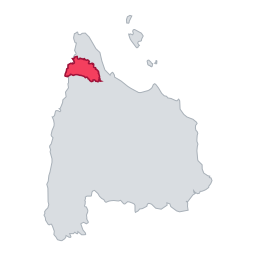 Lérida highlighted on a map of Spain, rotated 270°
{"feature_id": "ESP-5831", "entity_name": "Lérida", "entity_type": "Autonomous Community", "adm_level": 1, "iso_a3": "ESP", "parent_name": "Spain", "parent_adm1": "", "projection": "mercator", "projection_center": [0.993, 42.04], "detail": "fine", "context": "in_parent", "style": "filled", "palette": "rose", "viewbox_px": 256, "rotation_deg": 270, "n_neighbors": 0, "source": "natural_earth", "source_scale": "10m", "svg_char_len": 7005}
<svg xmlns="http://www.w3.org/2000/svg" viewBox="0 0 256 256"><g transform="rotate(270 128 128)"><path d="M139.1,52.2L139.1,53.0L140.4,54.5L144.4,55.4L145.4,56.0L145.3,58.1L144.3,59.9L145.1,60.7L146.1,60.6L147.3,59.2L147.5,60.1L149.4,61.0L153.4,62.6L156.2,62.9L159.2,66.1L163.9,65.5L168.2,68.5L172.2,67.9L173.1,68.5L179.4,68.5L179.7,66.0L180.5,65.0L191.3,68.5L192.6,70.6L192.4,71.7L193.0,74.2L194.4,74.1L197.3,72.7L201.0,74.5L201.9,76.0L202.7,76.1L205.5,74.6L213.0,76.4L213.3,75.2L213.8,74.9L217.0,73.8L218.3,73.6L222.3,74.4L222.8,75.8L223.6,76.3L223.9,77.6L221.5,78.3L221.3,80.4L222.7,82.2L222.9,85.3L218.9,89.2L207.3,95.9L203.5,99.9L194.9,101.9L186.1,104.9L180.8,110.1L182.1,110.6L183.7,112.3L183.2,113.1L180.9,114.4L178.8,114.7L174.9,121.2L169.6,127.8L167.7,130.8L163.5,138.5L163.4,140.7L165.5,148.3L166.7,150.3L168.3,152.0L171.5,153.4L172.3,154.8L171.2,156.1L168.0,158.5L162.6,161.7L160.2,164.2L159.7,166.6L158.1,167.7L157.5,171.1L155.4,175.7L155.2,177.0L156.9,178.7L155.2,179.7L146.8,180.1L141.6,183.8L139.0,187.0L136.7,193.0L133.8,196.5L132.5,197.1L130.6,195.6L128.1,195.4L125.7,195.9L124.5,197.1L122.6,197.8L120.7,197.2L116.5,196.9L114.7,196.9L111.9,197.9L109.4,197.3L105.3,196.9L96.3,197.7L95.2,198.1L91.2,202.1L86.9,202.2L82.9,203.8L80.3,207.7L79.8,209.8L79.0,209.3L78.4,209.4L78.1,211.0L75.4,212.0L72.3,210.7L69.8,208.8L68.5,208.7L66.3,205.7L65.4,203.7L64.7,201.7L64.7,200.2L62.8,199.4L62.3,197.5L63.7,195.0L65.5,193.6L63.8,193.8L62.6,195.3L61.0,192.8L54.4,187.8L54.8,186.0L53.7,187.4L52.9,187.7L49.6,187.5L45.8,188.1L44.2,179.6L45.1,176.6L49.4,170.8L52.1,169.9L53.2,166.9L50.8,167.1L46.8,161.2L47.8,155.7L51.8,151.6L52.4,150.0L52.6,148.4L51.8,147.4L49.7,146.8L47.4,142.4L47.0,139.7L45.1,138.1L43.6,135.4L45.0,135.0L50.6,135.0L51.9,134.3L52.9,132.5L54.0,129.5L54.3,127.6L52.1,125.0L52.0,124.5L52.3,123.6L55.7,120.6L55.0,118.5L55.5,113.8L55.3,111.1L54.9,108.9L53.7,106.0L54.5,104.9L56.3,103.9L57.7,101.5L59.7,99.5L62.5,97.9L65.6,94.5L65.1,92.9L64.0,92.0L60.1,91.3L59.9,90.6L59.9,86.9L58.9,85.3L57.5,85.5L55.3,84.8L54.8,85.3L52.0,85.1L50.1,84.5L49.3,85.0L49.0,86.4L45.8,87.8L44.0,87.7L41.0,86.5L37.6,86.9L37.2,86.6L34.3,88.2L33.4,88.2L32.2,86.4L33.7,83.6L32.4,81.0L31.5,81.0L26.1,82.9L23.0,85.4L21.7,85.7L21.3,85.2L21.2,81.7L24.4,77.9L22.3,77.6L22.4,76.5L23.8,74.8L22.4,73.5L22.4,69.6L19.5,70.9L18.7,70.7L18.7,69.1L20.5,66.1L18.6,65.7L17.2,64.6L15.4,62.0L15.4,60.7L16.3,57.5L18.9,56.0L21.4,53.9L24.8,54.3L30.0,52.4L31.8,51.5L31.7,50.1L31.1,49.2L31.6,48.2L35.8,45.6L38.4,45.3L40.9,44.0L42.6,44.9L44.2,44.6L45.9,45.6L48.2,47.9L51.5,48.8L54.2,48.1L67.8,47.9L71.7,46.8L74.7,48.2L80.5,48.9L84.0,50.0L93.7,52.0L97.2,52.0L104.2,50.1L106.2,50.6L109.0,49.6L110.3,49.8L112.1,51.2L118.3,53.0L119.9,51.5L121.1,51.1L125.6,52.1L130.0,54.0L132.4,54.2L135.8,53.6L139.1,52.2ZM221.2,132.7L222.8,133.4L224.5,132.7L225.4,132.9L226.2,133.3L226.5,134.6L222.8,141.4L220.0,143.2L217.1,141.7L215.4,141.4L214.9,140.8L214.6,138.7L213.8,138.0L212.7,137.7L210.5,139.4L209.8,138.3L208.7,138.0L208.3,137.4L208.3,136.5L215.2,131.3L217.2,130.1L221.4,128.7L222.1,128.9L221.5,129.7L222.1,130.5L221.2,132.7ZM240.6,129.9L240.0,131.8L234.9,129.3L233.2,129.0L232.8,128.6L233.0,126.7L236.4,126.5L239.2,127.4L240.6,129.9ZM192.9,151.4L192.3,152.7L189.8,152.2L189.2,151.7L189.8,150.2L190.5,150.0L190.6,149.0L191.3,147.9L194.9,147.1L195.7,147.8L195.9,148.8L193.7,151.1L192.9,151.4ZM195.4,156.6L195.0,156.9L192.3,156.7L192.2,155.8L192.8,154.6L193.8,155.8L195.4,156.0L195.4,156.6Z" fill="#d9dde1" stroke="#a8b0b8" stroke-width="1"/><path d="M180.7,65.0L180.9,65.0L181.5,65.2L181.8,65.3L182.1,65.3L182.4,65.3L183.1,65.7L183.6,65.9L183.8,66.0L184.0,66.3L184.4,66.3L184.5,66.2L184.8,66.2L185.1,66.4L185.2,66.5L186.7,66.6L187.0,66.7L187.3,66.9L187.5,67.3L187.6,67.6L187.8,67.9L188.0,68.1L188.8,68.0L190.8,68.0L191.2,68.1L191.1,68.4L191.2,68.5L191.4,68.5L191.5,68.6L191.8,69.1L192.1,69.6L192.4,70.3L192.7,70.7L192.6,70.8L192.5,71.0L192.6,71.3L192.3,71.9L192.3,72.2L192.7,72.1L193.0,72.4L193.0,72.7L192.7,73.0L192.3,73.1L192.8,73.9L192.8,74.1L193.0,74.3L194.0,74.4L194.3,74.3L194.4,74.2L194.5,74.0L194.6,73.9L195.0,73.9L195.6,73.8L196.2,73.6L196.3,73.0L196.4,72.9L196.5,72.9L196.5,73.0L196.9,73.0L197.1,72.9L197.3,72.7L197.3,72.8L197.4,73.0L197.4,73.3L197.5,73.7L197.6,74.0L197.9,74.3L198.9,74.6L199.0,74.8L199.0,75.4L199.1,75.6L199.4,76.0L199.5,76.3L199.4,76.5L199.5,77.2L197.4,77.6L196.9,78.2L196.9,78.3L196.9,78.5L197.0,79.3L197.2,79.5L197.7,79.8L197.8,79.9L197.8,80.1L197.8,80.3L197.7,80.5L197.4,80.7L197.4,80.8L197.3,81.0L197.4,81.7L197.4,81.9L197.3,82.0L197.1,82.1L197.0,82.3L197.0,82.7L197.0,82.9L197.0,83.1L196.9,83.3L196.5,83.6L196.5,83.8L196.5,84.0L197.1,83.9L197.3,84.0L197.4,84.3L197.4,84.5L197.2,84.6L196.5,84.7L196.4,84.8L196.2,85.1L196.2,85.6L195.8,86.4L195.7,86.6L196.1,87.4L196.1,87.6L196.0,87.9L194.8,89.2L194.7,89.3L194.2,89.0L194.0,88.9L193.5,89.0L193.4,89.0L193.1,88.5L192.9,88.5L192.7,88.5L192.4,88.7L192.3,88.9L192.3,90.6L192.8,92.0L192.0,92.3L191.7,92.5L191.7,92.9L192.0,93.0L192.3,93.2L192.1,93.5L191.7,93.7L189.0,93.6L188.9,93.6L188.5,94.2L188.3,94.8L188.4,95.3L188.3,95.5L188.1,95.6L187.7,95.8L186.7,95.6L186.6,96.1L186.6,96.3L186.3,96.8L185.9,97.3L185.4,97.4L185.2,97.6L185.0,98.2L184.8,98.4L183.5,98.7L183.3,98.7L182.9,98.3L182.7,98.4L182.6,98.5L182.3,98.9L181.5,98.9L181.1,99.2L179.2,99.6L178.8,99.5L178.4,99.2L178.2,99.1L178.0,99.3L177.9,99.6L177.7,99.8L177.4,99.9L177.2,99.8L177.1,99.6L176.8,99.0L176.6,98.9L176.3,98.9L176.2,99.1L176.1,100.1L175.3,100.1L174.9,101.1L174.8,100.6L174.8,100.1L175.2,99.1L175.1,98.8L175.0,98.5L174.7,98.2L174.3,98.1L174.3,97.6L174.5,97.3L174.7,96.7L174.7,96.2L174.7,95.8L174.7,95.7L174.9,95.5L175.4,95.4L175.5,95.3L175.6,95.2L175.8,94.8L176.1,94.4L176.2,94.2L176.1,93.8L176.1,93.6L176.0,93.3L176.0,93.1L175.8,93.1L175.7,93.0L175.0,93.0L174.8,92.9L174.7,92.8L174.7,92.6L174.6,92.1L174.4,91.6L174.4,91.4L174.4,91.2L174.6,90.9L175.0,90.5L175.2,90.1L175.3,90.0L175.4,89.9L175.5,89.8L175.6,89.6L175.8,89.5L176.5,89.3L176.6,89.2L176.8,89.0L176.9,88.7L177.2,88.3L177.2,88.2L177.3,88.2L177.5,88.1L177.8,88.0L177.9,87.9L178.0,87.7L178.4,87.3L178.6,87.3L178.7,87.1L178.8,87.0L178.8,86.8L178.8,86.1L178.7,85.9L178.3,85.5L178.3,85.4L178.5,85.1L178.8,84.9L179.0,84.8L179.1,84.7L179.3,84.4L179.6,84.2L179.8,83.8L179.8,83.6L179.8,83.4L180.0,82.9L180.3,82.0L180.3,81.9L180.5,81.6L180.6,81.3L180.6,80.9L180.7,80.6L180.6,80.4L180.6,80.0L180.7,79.8L180.7,79.7L180.9,79.0L180.9,78.9L181.0,78.8L181.1,78.5L181.2,78.1L181.3,78.0L181.3,77.6L181.3,77.3L181.3,77.2L181.4,76.9L181.4,76.7L181.4,76.2L181.3,75.3L181.2,74.7L181.0,74.3L180.9,74.2L180.7,73.9L180.7,73.7L180.6,73.3L180.6,73.2L180.7,72.9L180.8,72.9L181.0,72.8L181.0,72.7L181.0,72.4L181.1,72.2L181.3,71.8L181.4,71.6L181.5,71.4L181.6,71.2L181.6,70.8L181.6,70.7L181.7,70.4L181.4,70.2L181.1,70.2L180.8,70.0L180.7,69.8L180.4,69.1L180.1,68.6L179.9,68.4L180.0,68.3L180.0,68.0L179.9,67.6L179.7,67.4L179.4,67.3L179.5,67.1L179.7,66.9L179.5,66.6L179.8,66.0L179.7,65.5L179.8,65.2L180.2,65.0L180.7,65.0Z" fill="#f43f5e" stroke="#9f1239" stroke-width="1.5"/></g></svg>